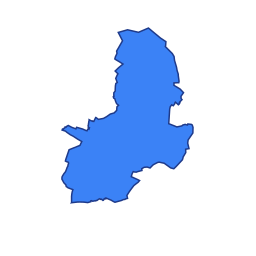 Dutse, Jigawa, Nigeria (Mercator projection), rotated 215°
{"feature_id": "59680162B76882427234764", "entity_name": "Dutse", "entity_type": "district", "adm_level": 2, "iso_a3": "NGA", "parent_name": "Nigeria", "parent_adm1": "Jigawa", "projection": "mercator", "projection_center": [9.316, 11.807], "detail": "fine", "context": "isolated", "style": "filled", "palette": "blue", "viewbox_px": 256, "rotation_deg": 215, "n_neighbors": 0, "source": "geoboundaries", "source_scale": "gbopen_adm2", "svg_char_len": 3436}
<svg xmlns="http://www.w3.org/2000/svg" viewBox="0 0 256 256"><g transform="rotate(215 128 128)"><path d="M88.4,91.6L89.4,91.4L89.9,91.4L97.4,90.0L98.4,92.9L98.7,95.3L97.2,95.8L95.8,96.7L95.1,97.8L92.2,101.2L93.4,102.5L92.2,105.1L89.9,107.0L87.0,107.9L86.4,111.6L86.1,112.7L84.0,116.7L82.9,117.9L78.1,119.9L70.1,119.8L67.1,120.9L66.5,123.9L65.2,133.2L65.8,135.0L66.2,135.8L66.6,141.0L68.6,143.7L66.2,146.1L70.4,149.8L71.9,152.7L72.0,161.1L75.1,165.8L77.1,167.3L77.7,167.3L78.2,167.3L79.5,166.6L81.3,165.6L81.1,164.9L81.0,164.6L82.0,164.1L82.6,163.9L83.0,163.9L83.5,163.5L83.7,163.2L84.1,162.6L84.3,162.5L84.4,162.4L84.6,162.1L84.8,161.9L85.1,160.6L88.6,156.9L90.9,156.4L97.1,154.9L101.0,161.3L104.7,167.4L105.6,169.6L105.5,172.0L103.7,172.2L103.6,174.4L103.7,174.8L104.1,176.1L104.0,176.4L103.4,176.3L101.2,176.1L100.1,175.9L99.8,177.1L100.1,177.5L99.9,178.4L100.6,178.6L100.0,182.2L101.4,182.6L102.8,184.4L102.8,188.8L107.6,189.8L114.8,189.3L116.2,191.3L112.9,193.9L112.4,194.2L113.0,195.6L116.9,199.8L117.7,200.9L118.6,201.6L119.0,201.9L120.7,203.2L123.2,205.7L128.6,210.0L131.3,213.0L134.4,214.4L144.1,216.1L144.5,217.2L146.5,220.5L149.1,220.4L150.3,220.4L152.9,220.3L168.6,221.6L174.3,212.4L184.7,208.2L190.8,200.7L182.5,196.3L181.7,187.6L181.5,185.1L181.4,184.4L179.9,183.0L179.5,181.2L179.2,179.2L178.4,177.0L176.7,177.0L173.2,177.3L168.8,177.5L170.3,171.9L171.2,167.3L167.3,166.6L167.2,165.1L166.5,161.6L162.9,159.1L163.5,157.5L162.5,155.3L160.3,151.8L159.7,151.0L159.7,150.6L159.8,148.7L158.3,146.5L157.7,146.1L158.0,145.2L156.9,144.3L155.6,144.4L155.1,144.0L153.4,142.7L151.3,141.4L148.8,141.2L149.2,139.0L147.4,136.0L148.0,132.4L148.4,131.9L150.5,129.3L152.0,125.1L153.6,121.8L157.2,118.1L160.3,118.2L160.5,118.1L159.8,113.8L160.9,113.5L160.8,113.2L162.8,112.7L164.6,112.5L164.1,111.8L163.9,111.0L163.5,110.3L163.2,109.7L163.1,109.3L162.7,108.7L162.5,108.3L162.2,107.6L162.0,107.0L161.5,106.8L161.3,106.4L161.2,105.9L160.9,105.7L160.5,105.7L160.2,105.8L159.7,106.0L159.3,104.6L160.2,104.3L160.2,104.0L160.2,103.6L160.1,103.1L160.1,102.7L160.0,102.2L160.9,101.9L161.3,101.7L161.9,101.7L162.3,101.6L162.9,101.4L163.4,101.4L163.7,101.3L164.4,101.2L165.0,101.0L170.5,99.1L170.2,97.4L174.4,96.3L178.4,95.8L179.2,94.1L179.2,93.2L179.6,93.1L180.1,92.8L179.8,92.3L179.9,91.8L180.2,91.5L180.1,91.1L180.2,90.8L180.2,90.2L180.7,90.0L180.6,89.4L181.0,89.3L180.8,88.5L177.3,89.6L175.9,89.4L171.3,89.4L168.5,89.8L162.8,90.0L158.1,90.4L157.4,86.2L163.8,76.4L161.7,69.2L161.0,66.8L160.7,65.9L160.3,65.0L158.9,65.2L157.4,65.7L156.5,65.2L155.9,63.2L155.3,62.1L155.3,60.9L154.9,59.6L154.3,57.2L154.1,55.5L154.3,54.2L154.2,52.3L154.1,50.9L153.9,49.9L153.5,49.3L152.8,48.2L150.6,47.1L149.0,46.3L146.3,45.8L145.0,44.6L143.8,44.7L142.9,44.6L137.8,45.9L137.0,43.5L136.0,41.4L135.0,39.6L131.4,34.5L131.4,34.4L126.9,38.4L124.8,39.9L121.6,42.0L118.2,43.8L116.2,46.3L116.7,46.9L116.3,47.5L115.7,47.6L115.0,47.7L114.5,48.3L114.1,48.5L113.7,49.1L113.4,49.5L113.0,49.5L112.6,50.1L112.4,50.5L112.0,50.6L111.6,51.5L111.3,52.6L110.6,53.8L109.8,53.7L109.2,54.0L109.2,54.3L108.7,54.5L107.9,54.4L107.0,54.3L106.7,54.8L106.8,55.3L106.7,55.7L106.9,56.1L106.6,56.4L106.7,56.8L106.4,57.1L105.9,57.0L105.7,57.1L106.1,57.5L106.0,58.0L100.4,59.2L97.8,59.4L96.1,59.7L91.7,65.0L91.0,66.3L90.6,66.8L89.5,67.8L89.3,68.6L88.8,69.1L88.0,70.1L90.2,72.1L90.4,75.9L90.4,78.7L90.2,84.2L89.3,87.2L88.6,89.3L88.4,91.6Z" fill="#3b82f6" stroke="#1e3a8a" stroke-width="1.5"/></g></svg>